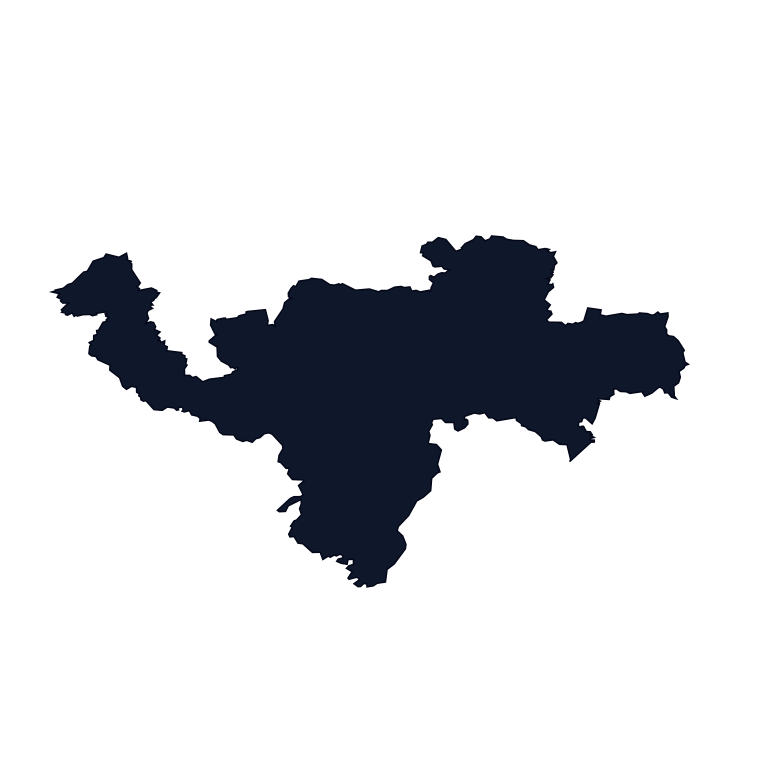 Tequila, Jalisco, Mexico (Equal Earth projection), rotated 256°
{"feature_id": "50627088B96984621240614", "entity_name": "Tequila", "entity_type": "district", "adm_level": 2, "iso_a3": "MEX", "parent_name": "Mexico", "parent_adm1": "Jalisco", "projection": "equal_earth", "projection_center": [-103.748, 21.116], "detail": "fine", "context": "isolated", "style": "filled", "palette": "ink", "viewbox_px": 768, "rotation_deg": 256, "n_neighbors": 0, "source": "geoboundaries", "source_scale": "gbopen_adm2", "svg_char_len": 6153}
<svg xmlns="http://www.w3.org/2000/svg" viewBox="0 0 768 768"><g transform="rotate(256 384 384)"><path d="M384.3,676.7L385.1,668.9L387.6,667.1L385.8,662.9L386.1,660.3L388.6,656.6L391.2,648.9L390.4,647.5L392.5,636.6L394.9,631.9L396.1,615.9L398.8,610.6L403.4,612.6L408.5,600.1L396.9,593.2L396.2,590.6L395.9,586.9L397.2,584.7L396.3,581.6L398.3,577.1L396.7,574.3L400.9,571.1L404.1,558.9L406.9,557.1L411.2,563.9L414.4,563.5L415.3,560.8L417.1,560.5L420.5,564.5L426.9,559.8L433.7,565.7L436.7,571.9L440.4,572.0L439.8,570.7L441.3,567.1L444.8,570.3L446.9,567.6L446.6,571.4L449.2,574.5L450.7,573.2L451.4,575.1L453.1,575.2L454.5,573.7L453.7,576.3L457.9,578.1L459.7,581.1L466.9,579.2L470.8,582.4L471.2,577.3L473.9,574.9L474.6,576.9L476.4,573.4L477.1,565.8L480.5,564.6L483.8,558.8L489.3,554.0L492.1,544.1L494.8,538.0L497.9,535.0L501.6,524.2L499.2,521.8L498.5,516.7L503.3,513.9L505.1,509.2L502.4,505.6L500.5,496.7L497.4,492.0L496.0,492.5L495.4,485.8L509.3,479.0L512.9,472.1L509.8,465.2L511.0,460.9L509.3,459.0L508.6,454.3L502.6,451.2L501.5,454.0L499.1,452.5L492.1,459.4L486.6,460.1L485.3,461.7L484.2,468.8L481.2,470.0L478.9,475.0L476.9,470.1L478.0,466.8L477.6,462.7L475.5,458.4L477.9,455.6L477.4,454.1L474.5,453.3L470.2,456.5L465.6,452.7L463.8,452.9L462.8,451.1L464.0,451.2L464.6,441.4L467.1,437.8L467.4,433.5L471.9,432.6L472.7,426.9L474.5,424.2L475.4,417.7L473.9,410.0L475.4,403.9L474.7,401.3L479.7,392.8L481.9,379.1L491.4,367.9L490.8,365.2L492.1,364.6L491.9,360.1L493.4,355.6L500.5,349.0L504.1,339.1L503.4,336.6L504.4,326.4L499.8,322.0L501.2,320.0L499.5,317.2L495.3,313.1L491.8,312.5L489.5,315.0L489.8,313.0L486.9,307.2L481.3,304.2L471.0,292.8L466.4,292.4L468.6,290.4L469.1,285.0L473.6,286.9L484.8,286.9L487.4,269.0L487.2,267.5L485.2,267.4L485.3,259.9L483.8,257.7L484.9,246.6L486.4,246.0L486.7,244.0L486.9,237.7L485.3,236.3L489.0,232.0L483.1,230.0L473.3,232.1L472.6,233.7L468.1,224.8L466.8,224.5L460.3,231.0L451.0,229.1L445.5,231.7L439.9,238.0L436.9,239.1L436.7,241.4L434.6,243.2L435.6,245.0L434.9,246.2L433.2,245.1L432.3,240.1L430.4,238.5L430.7,231.2L429.1,230.5L430.9,215.9L430.0,208.6L436.7,203.5L436.6,199.7L439.3,197.7L440.7,192.6L446.9,194.0L450.0,197.5L451.1,196.4L456.0,198.7L457.1,196.9L459.5,197.7L461.6,194.8L463.4,195.4L468.9,181.1L472.6,182.8L474.6,180.1L478.9,181.7L478.3,177.7L480.6,177.2L480.7,175.4L482.8,177.8L486.2,175.0L488.7,179.3L492.4,174.5L494.8,176.3L499.4,175.3L500.8,172.6L500.6,167.2L504.5,171.4L510.1,171.1L512.4,173.1L513.4,177.7L515.1,175.9L517.0,177.3L516.6,178.9L519.8,177.4L521.2,181.2L523.0,182.2L522.7,183.6L526.7,188.3L527.6,186.0L529.7,186.1L533.4,181.6L534.1,168.3L535.8,169.8L537.5,167.9L541.0,172.0L556.0,166.8L561.6,168.3L563.0,167.1L564.2,168.4L566.8,164.4L567.8,165.6L573.2,165.8L571.1,157.5L577.3,145.8L574.4,142.7L573.6,131.6L565.2,123.4L565.2,119.5L557.2,105.9L557.0,101.4L554.5,95.9L554.7,87.7L553.8,87.2L553.7,83.9L550.2,90.7L547.2,87.8L544.0,91.8L542.9,90.2L540.3,91.8L538.9,97.2L534.0,88.9L532.6,89.8L531.6,88.5L529.9,92.0L528.4,91.8L527.3,93.5L528.4,98.7L524.6,99.7L525.3,102.2L524.1,102.8L524.1,108.7L522.6,115.5L520.8,117.5L520.7,122.1L522.1,122.3L521.3,131.7L519.0,132.1L519.7,130.5L517.0,130.5L515.3,133.0L513.3,129.8L511.7,130.5L511.9,126.3L505.1,119.9L505.4,118.1L501.4,117.7L501.3,114.1L496.5,112.8L495.5,107.9L492.7,109.4L492.0,107.7L484.8,105.0L482.1,107.0L480.4,111.2L476.8,112.2L468.5,122.7L463.8,121.3L454.0,129.0L445.1,129.8L441.1,132.8L442.8,138.4L440.6,143.0L435.8,142.0L433.8,144.2L431.9,143.2L429.9,144.8L427.5,144.3L425.6,146.2L425.3,149.0L414.8,154.6L412.1,162.5L414.1,168.2L411.4,174.7L408.7,176.4L408.6,178.4L410.5,178.1L410.7,182.4L408.1,183.2L406.4,181.5L405.2,183.5L405.2,188.7L400.6,189.9L397.8,195.4L394.9,197.3L392.5,196.1L391.4,205.3L389.4,208.1L386.1,210.6L376.9,212.9L373.8,215.6L370.9,225.9L366.3,227.6L362.4,233.1L362.6,237.2L359.3,242.0L361.9,246.4L362.0,250.7L364.7,255.8L364.5,260.4L362.3,263.4L349.1,270.7L345.7,270.3L340.2,264.9L334.2,262.5L332.8,264.8L325.9,268.5L325.1,271.8L320.1,268.8L313.5,272.0L310.4,282.5L309.4,282.9L306.2,276.5L296.1,278.7L294.9,275.8L296.4,269.4L295.7,265.4L287.2,250.0L285.4,251.5L284.2,257.6L288.9,261.6L292.0,275.5L287.7,274.8L283.5,271.9L277.1,272.3L273.2,266.3L272.8,263.4L268.6,258.9L267.2,260.3L261.3,255.2L258.4,255.7L257.7,259.8L250.4,262.1L248.6,266.6L237.9,273.8L236.2,281.4L228.5,282.2L230.4,288.1L228.9,290.1L230.1,294.4L228.7,296.1L229.5,300.2L227.7,302.3L225.2,302.3L225.2,297.2L223.4,295.2L220.4,299.1L218.0,304.6L222.4,306.6L221.3,311.9L216.4,310.7L216.1,305.9L214.2,303.0L209.6,307.7L204.4,302.1L203.0,302.8L203.1,310.2L202.1,312.3L199.9,312.5L197.5,306.6L193.6,309.8L193.2,312.3L195.4,316.4L193.9,319.0L191.3,318.4L190.7,324.8L192.3,329.2L191.5,337.5L203.3,342.1L207.0,350.5L218.8,364.8L223.0,366.5L232.0,365.4L238.3,361.3L242.3,363.4L250.3,376.0L262.6,387.5L264.6,394.7L269.2,403.5L280.9,407.4L284.8,414.2L285.2,417.1L293.2,416.5L306.1,423.7L312.6,420.2L315.3,413.0L316.4,412.8L323.1,416.2L327.3,415.9L332.7,421.0L335.2,420.9L337.9,423.2L336.6,431.5L331.8,434.3L329.7,442.5L323.2,441.7L320.5,444.4L322.0,451.6L324.9,455.7L328.5,456.4L329.9,455.3L329.7,453.4L333.1,454.4L334.0,464.5L331.8,469.5L331.7,474.9L325.8,477.4L324.8,481.5L321.0,484.5L319.5,503.9L316.6,503.8L312.3,507.8L310.3,507.4L308.2,511.1L304.8,513.2L301.3,519.2L294.8,523.8L291.3,524.3L289.7,526.4L288.9,534.5L283.0,539.7L280.9,546.9L265.5,546.8L263.8,545.4L277.4,570.6L276.8,574.0L278.7,574.5L279.9,570.4L281.2,570.6L281.3,575.0L284.3,571.7L284.3,573.8L287.8,572.6L288.9,568.8L294.7,567.3L295.2,565.2L294.2,564.7L296.0,562.4L299.8,563.7L299.7,566.7L302.8,568.6L302.5,571.2L295.0,576.3L299.8,580.6L312.9,588.3L313.5,586.4L315.0,589.8L316.3,587.9L317.6,589.3L314.5,598.8L317.0,600.0L318.4,604.6L323.3,605.4L323.2,608.2L319.6,611.5L317.9,617.1L315.4,620.3L314.2,632.3L309.0,634.1L310.4,641.7L314.2,649.6L314.0,651.5L311.2,653.9L307.4,654.2L306.8,657.6L301.7,659.8L299.0,664.1L302.0,662.8L311.7,664.6L313.9,670.1L319.0,673.2L324.7,673.3L326.9,678.8L329.2,680.9L329.5,684.1L332.5,681.4L342.1,681.5L344.0,683.5L354.8,679.9L360.0,676.4L361.9,671.9L364.3,670.3L368.0,671.4L371.7,670.2L380.6,675.9L384.3,676.7Z" fill="#0f172a" stroke="#020617" stroke-width="1.5"/></g></svg>